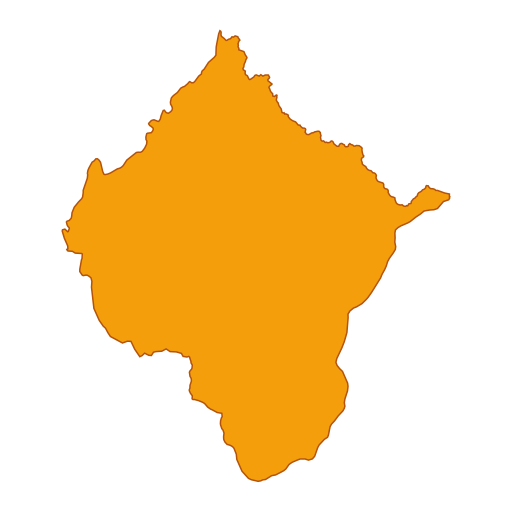 the district of Guadalupe, Huila, Colombia
{"feature_id": "7082276B74381710029853", "entity_name": "Guadalupe", "entity_type": "district", "adm_level": 2, "iso_a3": "COL", "parent_name": "Colombia", "parent_adm1": "Huila", "projection": "robinson", "projection_center": [-75.679, 1.985], "detail": "fine", "context": "isolated", "style": "filled", "palette": "amber", "viewbox_px": 512, "rotation_deg": 0, "n_neighbors": 0, "source": "geoboundaries", "source_scale": "gbopen_adm2", "svg_char_len": 5981}
<svg xmlns="http://www.w3.org/2000/svg" viewBox="0 0 512 512"><path d="M449.4,194.0L444.6,193.0L437.4,190.4L435.7,190.4L434.8,189.4L433.1,188.8L430.5,188.6L429.1,187.4L428.2,185.8L426.4,185.6L425.9,186.4L425.7,187.7L424.4,189.1L422.6,189.8L421.3,191.3L418.7,192.8L417.7,194.1L417.2,196.0L416.1,196.7L414.9,198.1L413.4,198.9L411.3,201.5L411.2,202.8L410.9,203.5L408.9,203.8L407.7,205.8L406.6,205.6L405.7,206.3L404.7,206.3L403.4,205.9L402.2,204.8L400.1,205.0L398.0,204.4L396.7,203.5L396.1,202.6L395.0,199.6L394.9,197.9L393.6,197.2L391.5,196.7L390.5,196.0L389.6,195.1L388.1,192.4L388.3,190.9L387.7,189.6L386.8,189.0L385.1,188.7L384.0,187.6L383.7,186.3L383.7,184.3L382.9,183.0L379.1,181.8L377.7,181.1L377.1,180.3L376.2,178.5L376.0,177.3L376.4,175.4L375.5,173.8L374.4,173.0L372.8,172.7L371.0,170.7L369.3,170.4L367.8,169.6L366.6,168.3L365.8,166.6L363.3,165.0L362.3,164.0L362.1,162.2L361.4,160.5L361.4,159.0L362.1,157.8L363.5,156.9L363.8,155.9L363.0,155.0L362.3,152.5L361.9,149.8L362.1,148.2L361.5,147.4L359.2,145.7L356.3,145.5L355.1,146.1L353.7,146.0L352.7,145.0L351.2,144.6L349.8,143.6L348.6,144.7L348.2,146.3L347.2,146.7L345.6,146.7L345.0,146.3L344.2,144.7L343.4,144.5L342.2,143.6L341.1,143.4L339.7,144.2L338.7,146.3L337.0,146.3L334.0,143.9L333.0,141.8L332.0,141.0L331.2,141.0L329.9,142.3L329.0,142.6L327.6,142.7L326.6,142.2L325.2,142.5L323.6,140.9L322.4,141.1L321.6,140.8L321.0,140.1L320.5,137.2L321.0,135.7L320.4,133.7L320.3,132.5L319.1,131.3L317.8,131.2L314.6,131.9L313.6,132.6L311.5,133.0L308.8,134.6L306.8,134.4L306.1,133.8L305.7,132.9L305.1,132.3L305.7,129.5L305.4,128.7L304.5,128.2L302.5,128.0L300.5,126.2L300.1,125.2L298.2,125.0L295.6,121.9L292.6,120.7L290.3,119.2L288.6,117.2L288.2,116.3L288.4,115.8L287.8,114.6L286.6,114.3L286.0,113.9L284.6,114.0L284.1,112.8L283.7,113.0L282.0,112.5L281.2,108.9L279.0,105.8L278.0,102.6L277.5,102.4L276.3,100.1L276.5,98.7L276.9,97.7L276.7,96.6L277.0,95.9L277.0,95.3L276.6,95.0L276.1,95.1L274.5,96.5L272.8,96.0L272.6,93.6L271.4,92.5L270.4,91.0L269.6,88.6L268.9,87.6L269.1,86.9L270.0,85.8L271.8,84.5L272.0,84.0L267.9,80.7L267.8,79.6L269.3,78.1L269.6,77.3L268.3,75.0L265.2,75.0L262.9,76.1L260.8,74.7L259.2,76.1L256.2,74.9L254.9,75.4L253.8,77.0L250.3,79.4L249.5,79.5L248.8,78.8L247.4,75.8L245.5,74.6L245.1,73.3L245.3,71.1L243.3,69.7L242.9,68.5L243.8,67.0L244.1,64.4L245.5,61.3L245.8,59.8L246.9,58.0L246.9,57.3L245.2,54.7L243.9,51.6L238.8,49.8L238.9,48.3L238.0,46.7L238.4,45.2L237.9,43.8L238.4,43.0L238.6,41.5L239.8,40.3L239.6,39.6L238.3,38.0L237.8,36.7L235.1,35.9L233.5,37.1L232.0,36.8L230.5,38.7L228.4,39.3L226.9,40.4L226.0,40.4L224.1,38.4L221.4,36.3L221.0,34.9L221.1,32.1L220.6,31.2L219.9,30.7L218.7,33.8L216.7,44.1L216.2,47.0L215.9,55.2L214.2,57.4L208.5,62.4L204.2,69.1L202.2,70.9L201.6,72.2L201.4,74.0L198.8,76.0L194.7,81.6L193.5,82.6L192.6,82.8L191.7,82.8L189.8,81.6L189.0,82.1L187.7,83.7L184.4,86.5L183.2,86.8L180.7,88.2L177.4,92.5L173.4,95.6L172.2,96.9L171.3,98.1L170.4,102.1L170.6,104.1L171.8,106.3L172.4,108.2L172.1,109.9L170.9,111.5L168.5,113.2L167.7,113.1L166.2,112.6L164.3,110.2L163.2,110.5L161.1,115.7L160.3,119.1L158.7,121.4L157.8,121.3L154.0,119.8L152.2,120.2L151.2,120.7L148.9,123.1L148.6,123.8L149.7,125.5L151.2,126.4L153.1,128.2L153.3,129.2L152.7,130.9L151.3,132.7L147.5,133.2L146.7,133.7L145.9,137.0L146.0,139.5L146.9,141.1L146.6,144.2L144.7,148.1L142.3,151.3L140.5,152.3L138.1,152.2L136.3,152.5L126.8,160.1L123.2,165.6L121.5,167.2L119.7,168.2L117.3,168.9L110.4,173.0L107.6,174.1L105.0,174.6L103.9,174.2L102.7,171.5L100.5,162.2L99.1,160.2L97.5,158.8L95.9,158.8L94.1,160.9L92.1,162.2L88.8,168.2L87.9,170.5L87.4,173.3L87.7,174.9L87.3,178.3L83.2,190.3L83.2,192.7L82.6,197.0L81.7,198.7L78.5,202.0L74.2,207.3L72.0,212.8L71.7,216.1L71.2,218.3L69.1,220.5L67.0,221.2L66.4,222.0L67.1,224.9L68.0,226.6L69.1,227.6L69.3,228.5L68.2,231.5L67.6,231.7L64.9,229.1L62.5,229.8L62.2,231.0L64.3,238.1L67.7,245.9L67.9,248.9L66.8,249.4L67.3,250.4L68.0,251.0L72.4,251.3L75.2,253.1L81.6,253.5L82.3,254.0L82.0,258.6L81.5,259.7L79.8,269.3L79.8,271.6L82.2,275.1L83.2,275.6L86.0,275.1L87.4,275.3L89.3,276.4L91.0,277.9L91.9,281.4L91.5,287.2L93.9,308.4L99.3,320.5L103.2,326.1L105.5,328.2L107.9,332.7L110.4,336.5L122.5,343.0L127.4,341.2L131.0,341.4L134.7,349.2L139.8,356.7L142.1,355.6L144.6,353.2L148.8,355.3L151.4,355.5L153.5,352.2L155.9,351.6L161.8,351.2L166.1,348.9L170.1,351.6L176.3,351.9L181.4,353.4L183.1,356.4L186.9,357.0L188.8,356.4L189.5,357.0L191.0,361.7L191.0,362.8L192.3,365.2L192.0,368.1L191.6,369.1L190.0,370.9L189.4,372.2L190.0,376.3L191.1,378.3L191.4,380.0L191.3,381.4L190.0,385.3L189.9,388.2L189.3,389.7L189.3,390.7L190.4,393.2L192.3,395.8L192.1,398.8L192.9,399.5L194.5,399.5L198.5,400.6L202.9,402.4L204.7,403.6L207.7,407.1L210.5,409.1L212.2,409.8L217.2,412.5L221.8,413.3L222.2,416.7L221.6,417.4L220.6,420.6L220.4,423.5L220.6,425.0L221.8,428.6L223.0,430.1L224.0,433.1L223.6,436.5L223.7,439.2L224.1,440.3L225.0,442.1L227.1,444.4L230.2,445.3L232.5,446.6L234.0,448.3L236.3,454.2L236.8,459.4L242.0,471.2L248.5,478.4L251.3,479.7L258.1,481.3L260.9,480.8L262.6,479.9L265.5,479.5L271.6,475.7L275.7,474.9L283.7,470.7L285.8,469.0L289.0,464.5L292.1,462.3L296.5,460.4L300.1,459.0L305.1,459.0L308.5,460.1L312.4,458.9L314.7,456.2L317.7,447.6L319.1,445.0L324.4,439.3L327.5,437.3L328.4,435.2L330.1,426.6L331.5,424.1L334.5,420.9L338.2,415.9L342.9,410.9L344.3,408.3L344.9,406.2L344.3,402.7L344.9,399.0L347.5,390.9L348.0,386.4L347.6,383.1L342.5,371.4L339.6,368.6L337.1,365.5L335.9,362.3L336.8,358.5L341.9,347.8L344.3,341.6L346.9,332.6L348.1,317.7L348.0,314.1L349.9,311.0L353.4,308.1L356.6,306.8L362.0,303.6L366.1,299.6L368.1,297.3L371.7,292.2L380.6,277.9L382.0,274.4L384.8,269.3L386.3,265.9L387.6,261.6L389.4,258.3L393.4,252.7L395.3,249.5L395.7,246.6L394.8,242.1L395.1,238.0L394.9,233.0L395.5,229.9L398.0,227.6L400.8,225.9L407.8,222.9L410.3,221.5L415.8,217.1L420.5,214.0L424.1,211.0L429.8,210.0L434.0,209.7L437.5,208.5L443.5,201.5L448.7,199.8L449.7,198.0L449.4,197.1L449.8,196.7L449.4,196.1L449.4,194.0Z" fill="#f59e0b" stroke="#b45309" stroke-width="1.5"/></svg>